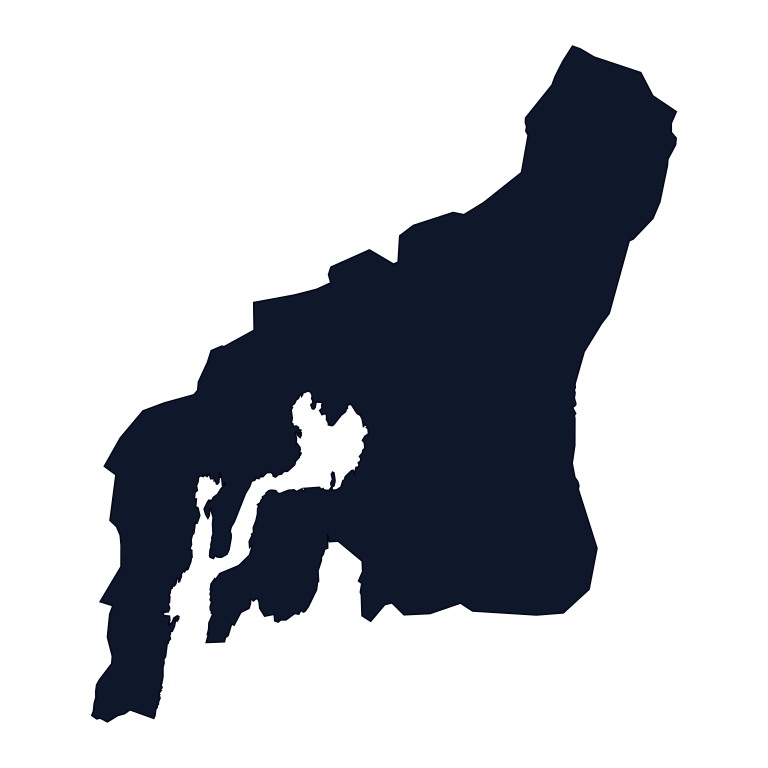 Samnanger nor, Hordaland, Norway (orthographic projection)
{"feature_id": "86288312B8204828697072", "entity_name": "Samnanger nor", "entity_type": "district", "adm_level": 2, "iso_a3": "NOR", "parent_name": "Norway", "parent_adm1": "Hordaland", "projection": "orthographic", "projection_center": [5.7, 60.407], "detail": "fine", "context": "isolated", "style": "filled", "palette": "ink", "viewbox_px": 768, "rotation_deg": 0, "n_neighbors": 0, "source": "geoboundaries", "source_scale": "gbopen_adm2", "svg_char_len": 6116}
<svg xmlns="http://www.w3.org/2000/svg" viewBox="0 0 768 768"><path d="M253.7,302.5L254.1,330.2L223.8,346.8L222.1,346.0L211.2,350.6L207.4,362.5L198.4,382.0L197.7,390.3L193.8,394.8L164.4,402.9L143.0,410.9L120.3,437.9L104.3,466.3L115.9,474.8L110.0,520.4L116.6,526.7L120.2,535.3L121.1,545.5L121.0,566.7L100.1,601.7L112.8,605.7L109.7,614.2L107.4,637.1L112.3,656.2L111.7,663.7L99.4,679.8L96.6,684.9L95.7,691.7L95.9,697.2L94.2,703.3L93.4,711.3L91.7,715.4L96.7,718.9L100.2,718.1L107.4,721.9L117.8,715.5L124.6,713.7L129.9,709.8L153.8,718.4L155.0,715.6L155.8,709.4L157.3,707.1L157.3,705.0L158.4,704.4L158.5,701.8L160.0,698.3L160.0,697.2L158.6,696.7L159.8,694.6L158.8,693.6L160.9,690.8L159.9,690.9L162.1,687.4L161.0,685.1L161.6,683.8L160.8,684.1L162.3,680.8L163.0,676.2L163.0,667.2L164.1,663.2L163.8,659.4L165.6,656.6L167.2,643.3L168.2,643.3L168.6,641.1L170.5,638.9L169.6,635.7L170.5,633.8L170.0,631.7L172.2,631.4L174.4,626.5L175.8,619.5L177.1,621.2L178.6,618.9L178.9,616.5L177.3,615.8L173.9,617.9L172.1,622.3L170.8,624.1L169.9,623.1L169.2,625.1L168.5,623.0L169.9,620.4L169.5,616.1L163.9,615.5L162.9,612.7L163.5,612.6L162.8,612.2L168.3,611.9L169.7,608.4L168.3,603.8L169.5,602.4L169.9,596.7L169.0,594.3L170.0,593.6L170.8,588.8L172.1,588.3L172.7,585.8L174.3,586.0L175.9,583.7L177.3,578.1L178.9,578.7L178.8,581.9L179.5,581.6L181.5,576.2L181.2,574.4L183.4,571.0L184.6,571.9L186.9,567.6L186.5,569.9L187.9,569.4L190.9,561.6L191.3,558.0L192.1,557.4L191.7,550.5L189.7,549.9L191.0,549.8L189.9,549.0L191.5,544.5L191.1,539.8L192.4,535.0L193.9,533.2L195.2,523.3L197.1,523.2L199.8,515.5L197.9,507.7L195.7,506.9L196.4,498.9L194.9,499.3L194.5,497.8L195.1,492.2L197.4,490.5L196.5,485.9L198.2,481.1L198.5,477.3L200.6,475.8L203.5,476.6L204.3,475.0L207.2,476.5L207.6,474.9L208.8,474.2L208.5,475.1L210.0,476.3L210.6,478.7L214.3,478.7L214.2,481.0L215.4,480.5L216.5,484.0L217.4,484.1L218.8,482.6L219.7,472.7L220.7,473.8L220.0,477.4L221.7,477.4L222.4,485.1L224.8,483.2L225.8,483.9L220.9,488.8L217.6,494.2L213.3,497.4L211.6,500.7L210.0,500.2L209.7,501.7L208.7,500.4L207.6,501.7L204.1,509.0L205.7,514.6L207.9,518.4L209.2,515.8L209.9,508.7L210.5,508.0L213.1,517.6L212.5,523.6L213.0,534.0L211.8,537.7L212.0,539.7L210.8,544.6L211.1,546.7L210.0,550.2L209.5,555.7L210.1,557.3L213.4,558.5L215.8,555.2L217.0,557.0L221.4,557.3L227.0,554.2L229.1,549.6L231.2,537.8L231.2,534.5L230.2,531.3L231.2,527.0L234.3,521.8L245.5,493.5L249.7,486.5L251.6,481.2L254.6,480.3L256.1,478.1L259.0,478.7L261.3,475.1L261.8,476.8L263.2,476.5L266.7,472.7L270.7,472.5L272.6,473.6L273.3,476.2L275.5,477.1L278.1,474.8L281.5,474.1L283.7,471.5L287.5,471.3L294.7,464.8L295.6,461.2L299.4,457.1L299.3,454.9L300.3,455.2L301.2,453.2L299.1,451.3L300.3,450.1L300.0,447.5L297.1,443.5L296.1,443.8L296.5,438.3L295.1,433.3L296.7,432.7L297.3,435.0L300.1,437.6L301.2,435.5L301.2,432.8L298.9,434.0L301.0,430.2L298.6,429.7L298.5,427.4L296.2,425.9L293.3,426.6L292.9,423.9L291.4,423.2L292.3,418.5L291.2,409.8L292.5,407.4L290.7,406.7L294.6,403.4L296.4,399.6L298.4,398.5L300.1,394.1L300.9,394.2L301.5,396.4L302.7,394.6L302.6,393.2L308.1,391.0L310.7,392.1L312.2,395.7L311.6,398.9L312.4,399.7L312.9,402.9L310.8,404.8L312.1,408.5L313.5,409.2L315.1,407.6L316.1,402.0L322.3,402.4L321.6,406.0L322.1,408.1L319.7,410.4L321.9,414.7L326.1,413.5L326.7,418.2L326.3,419.1L328.4,423.2L328.4,424.9L332.1,425.7L333.9,424.5L341.2,415.2L345.6,411.7L346.3,409.1L347.5,408.2L347.1,407.1L348.0,404.8L351.2,404.3L357.0,413.5L360.4,415.4L362.2,419.2L363.4,426.4L365.2,424.8L367.7,426.4L367.6,427.6L365.7,427.3L367.9,428.3L368.5,433.8L364.8,436.3L362.4,440.4L364.3,442.6L364.8,448.1L362.7,450.5L362.5,452.8L359.4,456.5L360.9,458.6L360.7,460.7L358.2,462.9L359.1,464.4L358.3,467.0L356.0,467.4L354.3,473.9L353.1,470.3L351.5,470.6L346.8,475.1L347.2,476.8L346.3,475.6L345.2,476.8L344.5,479.6L342.8,480.9L340.9,487.1L336.3,490.0L332.1,490.1L332.1,487.2L334.1,485.6L335.1,480.7L334.0,472.9L332.5,472.1L331.3,474.3L332.5,479.4L330.7,483.2L331.6,487.0L328.9,490.5L324.0,490.0L323.1,488.5L321.6,489.5L319.3,487.3L304.3,488.4L305.0,489.0L304.3,490.5L302.3,490.4L302.0,488.8L296.3,491.6L294.2,489.8L288.2,490.3L279.8,493.7L277.4,492.9L275.8,490.6L271.3,490.1L268.6,490.8L265.9,493.2L265.8,494.6L262.3,497.1L263.0,498.0L260.9,500.4L260.6,502.4L256.8,505.1L258.1,504.4L258.5,506.4L257.5,509.0L257.5,513.7L256.0,520.5L253.3,527.5L253.5,532.5L251.6,534.3L252.2,535.1L249.2,541.4L249.6,547.4L251.7,545.1L252.3,545.9L249.5,555.1L238.8,565.6L219.8,573.5L215.3,579.9L214.7,578.7L211.0,584.0L210.3,589.9L211.0,589.7L210.9,591.5L210.0,594.1L211.0,596.4L210.1,599.8L211.5,602.0L210.1,606.8L210.4,610.0L211.4,611.2L211.2,612.9L212.7,614.2L208.9,622.9L208.6,629.3L207.4,634.3L208.5,633.9L206.2,642.5L224.5,641.8L225.4,637.6L228.1,635.6L231.6,623.9L234.1,625.2L240.9,612.3L249.0,608.4L250.5,603.6L250.5,600.2L251.4,599.2L253.4,601.0L256.2,598.6L257.8,599.1L259.0,601.7L259.8,608.5L264.6,616.2L273.6,614.4L274.3,615.4L274.7,620.8L278.2,622.1L280.8,619.9L286.0,619.9L294.7,613.5L298.8,614.2L300.8,610.4L303.5,612.1L305.2,611.1L308.3,606.7L316.5,589.9L317.5,582.4L318.6,581.2L318.0,570.9L321.4,560.4L321.4,557.0L323.3,554.4L324.7,549.2L327.7,548.2L327.6,533.9L329.4,541.7L338.2,541.2L362.2,561.1L362.6,571.6L358.5,581.0L361.8,583.4L360.3,592.2L361.3,594.8L362.0,615.7L370.7,621.3L384.8,604.6L392.0,602.9L404.0,614.8L429.9,613.6L460.5,603.1L472.6,611.0L536.5,615.0L563.3,612.9L589.1,589.3L597.0,548.3L578.3,489.3L578.9,485.4L577.7,481.5L574.9,477.4L572.2,463.2L574.8,445.6L574.9,418.5L574.3,415.5L575.7,413.5L572.5,407.6L575.5,405.3L575.9,403.6L574.3,398.0L575.1,392.7L574.2,389.9L575.3,387.8L575.0,383.9L584.2,351.7L601.4,323.7L609.2,313.4L629.2,240.9L633.3,239.0L653.0,218.3L659.9,201.9L667.4,165.7L667.9,159.2L675.6,144.8L676.2,138.1L671.3,132.3L671.3,123.2L676.3,111.7L652.8,95.8L640.8,72.6L594.0,57.0L580.3,48.9L572.5,46.1L562.7,61.5L555.0,76.7L552.0,85.0L525.5,118.0L525.4,122.7L526.6,126.7L525.8,131.1L528.1,135.1L521.5,172.5L483.8,202.5L463.9,214.7L453.1,212.5L413.4,225.4L399.7,235.8L398.1,262.1L393.5,264.1L369.4,249.9L330.9,267.1L328.5,274.6L330.8,282.8L316.6,289.3L294.0,295.1L253.7,302.5Z" fill="#0f172a" stroke="#020617" stroke-width="1.5"/></svg>